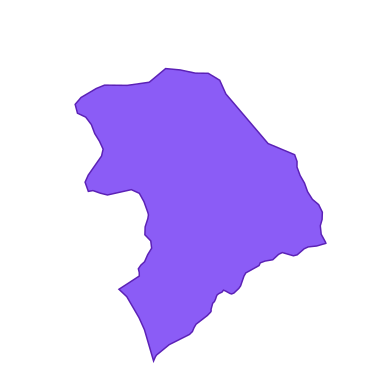 the border of Giresun, rotated 154°
{"feature_id": "TUR-2292", "entity_name": "Giresun", "entity_type": "Province", "adm_level": 1, "iso_a3": "TUR", "parent_name": "Turkey", "parent_adm1": "", "projection": "orthographic", "projection_center": [38.652, 40.562], "detail": "fine", "context": "isolated", "style": "filled", "palette": "violet", "viewbox_px": 384, "rotation_deg": 154, "n_neighbors": 0, "source": "natural_earth", "source_scale": "10m", "svg_char_len": 1312}
<svg xmlns="http://www.w3.org/2000/svg" viewBox="0 0 384 384"><g transform="rotate(154 192 192)"><path d="M94.2,87.2L103.6,88.8L111.6,91.7L116.1,91.8L125.0,89.4L128.8,90.2L137.4,98.0L141.5,98.0L149.1,95.7L156.6,97.9L161.7,98.4L164.0,96.5L179.1,95.7L182.2,93.6L189.5,86.3L192.2,84.8L198.6,82.8L201.1,83.0L202.3,84.1L205.4,88.5L206.8,90.0L208.8,88.9L212.6,88.9L214.7,88.4L216.1,87.2L217.8,85.4L219.9,83.7L222.2,82.9L226.3,78.2L227.0,76.6L227.9,75.9L232.3,74.3L246.3,71.4L249.6,69.2L252.8,66.4L256.6,65.1L279.4,64.8L295.4,61.0L297.2,59.9L300.6,57.0L295.1,89.1L294.7,102.3L296.5,126.5L300.3,136.6L276.2,139.6L274.7,142.8L273.9,146.5L270.0,148.7L265.2,150.1L259.3,155.1L252.9,159.2L250.5,166.1L253.1,174.2L249.4,181.2L243.3,187.5L241.2,190.5L240.7,192.6L239.4,204.4L239.9,213.9L245.5,220.7L269.3,226.4L274.9,231.1L280.4,236.7L284.9,238.0L283.8,247.7L277.8,252.7L257.5,264.0L253.1,269.5L252.9,278.2L253.8,287.1L252.9,296.7L254.7,305.9L260.4,313.0L258.6,322.0L250.3,325.6L232.7,327.0L223.8,326.4L203.4,316.2L182.3,309.4L161.6,314.5L149.1,306.9L136.8,297.3L125.4,291.6L118.1,280.3L118.6,265.3L102.4,202.2L83.4,180.5L84.2,173.4L86.7,168.4L87.6,159.5L87.0,150.7L88.0,141.6L87.0,132.6L83.7,125.1L83.7,116.7L87.1,110.3L91.5,105.4L94.4,97.4L94.0,88.2L94.2,87.2Z" fill="#8b5cf6" stroke="#5b21b6" stroke-width="1.5"/></g></svg>